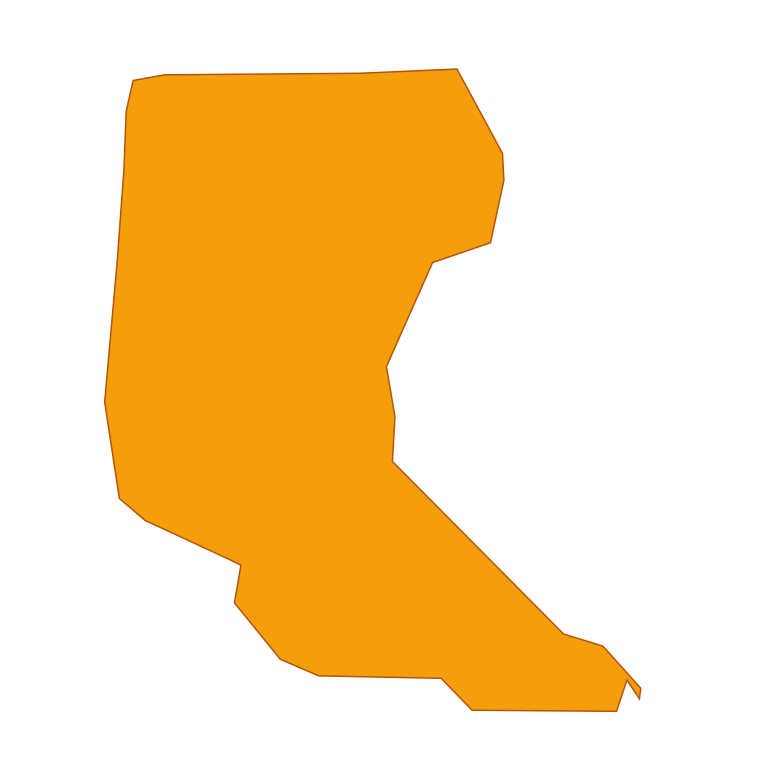 Agana Heights, Guam, rotated 184°
{"feature_id": "77769853B67534366547029", "entity_name": "Agana Heights", "entity_type": "district", "adm_level": 2, "iso_a3": "GUM", "parent_name": "Guam", "parent_adm1": "", "projection": "robinson", "projection_center": [144.743, 13.466], "detail": "fine", "context": "isolated", "style": "filled", "palette": "amber", "viewbox_px": 768, "rotation_deg": 184, "n_neighbors": 0, "source": "geoboundaries", "source_scale": "gbopen_adm2", "svg_char_len": 536}
<svg xmlns="http://www.w3.org/2000/svg" viewBox="0 0 768 768"><g transform="rotate(184 384 384)"><path d="M107.2,87.7L106.6,98.4L147.4,137.8L187.4,147.1L370.2,307.3L370.8,352.3L382.8,401.5L344.0,508.6L287.6,532.4L278.6,595.7L281.9,622.3L333.2,703.3L429.7,692.3L624.5,677.1L655.4,669.3L660.2,638.2L658.4,582.0L658.7,487.8L661.4,346.6L640.0,251.4L612.8,231.2L526.1,198.2L514.1,193.2L517.9,155.2L468.2,102.1L428.8,88.3L306.5,94.4L273.4,64.7L129.2,73.7L121.0,105.6L107.2,87.7Z" fill="#f59e0b" stroke="#b45309" stroke-width="1.5"/></g></svg>